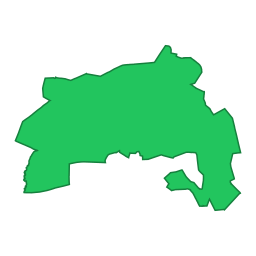 Mērdzenes pag., Karsavas, Latvia (orthographic projection)
{"feature_id": "27541924B39657659213866", "entity_name": "Mērdzenes pag.", "entity_type": "district", "adm_level": 2, "iso_a3": "LVA", "parent_name": "Latvia", "parent_adm1": "Karsavas", "projection": "orthographic", "projection_center": [27.72, 56.696], "detail": "fine", "context": "isolated", "style": "filled", "palette": "green", "viewbox_px": 256, "rotation_deg": 0, "n_neighbors": 0, "source": "geoboundaries", "source_scale": "gbopen_adm2", "svg_char_len": 5230}
<svg xmlns="http://www.w3.org/2000/svg" viewBox="0 0 256 256"><path d="M165.5,45.7L165.2,46.1L159.7,54.3L154.5,62.4L150.0,62.9L134.3,64.2L134.1,64.3L129.5,64.5L128.9,64.7L128.3,64.6L124.0,65.0L122.4,65.3L120.0,66.3L118.6,67.0L114.0,69.1L109.5,71.8L107.7,72.5L100.4,76.3L86.2,73.8L86.2,73.7L76.0,78.2L74.8,78.6L70.8,80.4L68.0,79.7L65.2,78.8L61.5,78.3L59.4,78.2L56.7,77.8L55.7,77.2L55.4,77.7L55.3,78.2L54.5,78.4L53.7,77.8L45.2,78.2L44.1,82.3L43.3,85.5L42.7,88.4L43.4,96.8L45.1,97.8L45.4,98.0L50.0,100.5L49.5,100.7L49.0,101.2L48.5,101.7L46.9,103.1L43.4,105.5L41.7,107.1L40.6,108.0L37.8,110.0L33.0,113.9L32.5,114.4L28.9,117.2L25.1,119.8L22.7,121.6L20.8,126.6L18.6,132.8L15.4,140.7L16.3,141.3L31.0,147.6L33.5,149.1L37.3,150.4L37.4,150.5L35.3,151.1L34.7,151.3L34.1,151.7L33.8,151.9L33.4,152.5L33.2,152.8L33.0,153.0L32.8,153.3L32.7,153.6L32.6,153.8L32.4,154.0L32.1,154.4L32.0,154.7L31.8,154.9L31.6,155.4L31.4,155.7L31.2,156.1L30.5,157.0L30.4,157.1L30.4,157.3L30.0,158.6L29.9,158.9L29.5,159.7L29.1,160.6L29.0,161.3L29.0,162.5L29.2,163.2L29.1,163.5L28.7,163.9L28.6,164.2L28.6,164.4L28.7,164.7L28.5,165.2L28.5,165.4L28.4,165.5L27.7,165.5L27.4,165.7L27.5,166.2L27.5,166.4L27.4,166.6L26.7,167.2L26.2,167.8L26.2,168.0L26.3,168.1L26.7,168.6L26.8,168.9L26.7,169.2L26.5,170.0L26.4,170.3L26.1,170.6L25.5,170.6L24.8,171.2L24.7,171.7L24.3,172.3L24.5,172.5L25.1,172.3L25.1,172.5L24.9,172.8L24.9,173.0L24.6,173.2L24.6,173.6L24.7,173.8L25.3,173.8L25.4,174.0L25.5,174.1L25.4,174.6L25.4,175.2L25.2,175.3L24.5,175.4L24.4,175.4L24.3,175.6L24.2,175.9L24.2,176.6L24.3,176.7L24.5,176.6L24.7,177.0L24.7,177.3L24.3,177.7L24.3,177.9L24.3,178.0L24.6,178.2L24.8,178.4L25.0,178.6L24.9,178.9L24.8,179.0L24.4,178.9L24.2,179.1L23.7,179.9L23.7,180.0L23.8,180.1L24.0,180.0L24.3,180.6L24.8,181.1L25.2,181.1L25.9,180.9L26.0,180.9L26.3,181.2L26.3,181.3L26.2,181.4L26.1,181.9L26.2,182.0L26.3,182.1L26.4,182.3L26.3,182.5L26.3,183.0L26.4,183.3L26.7,183.9L26.7,184.3L26.6,184.5L26.1,185.2L26.0,185.5L26.3,186.1L26.3,186.6L26.2,186.7L26.1,186.9L25.8,186.9L25.6,186.8L25.6,186.7L25.5,186.4L25.4,186.4L25.4,187.1L25.4,187.5L25.5,187.7L25.4,188.2L25.4,188.3L25.0,188.2L24.8,188.2L24.4,188.5L24.3,188.9L25.0,189.6L25.2,190.0L24.9,190.7L24.7,190.7L24.6,190.8L24.4,191.0L24.2,191.3L24.1,191.9L24.1,192.2L24.0,192.4L24.1,192.6L31.7,192.7L39.6,192.0L47.0,190.5L50.2,189.6L53.1,188.7L55.4,187.9L63.2,186.1L69.3,184.5L69.4,184.4L69.2,182.9L69.1,180.6L69.0,175.9L69.1,175.7L69.3,163.9L71.5,163.4L75.9,162.5L77.1,162.3L81.3,161.9L83.9,161.8L92.7,162.1L105.4,162.6L105.1,161.3L105.0,160.9L105.6,159.0L106.7,157.0L107.8,155.3L107.9,155.1L109.6,154.0L110.3,153.9L115.3,152.5L115.5,152.6L115.9,152.8L116.0,152.8L119.5,150.7L119.7,152.1L119.7,152.3L120.3,152.7L125.0,155.6L125.3,155.9L126.8,156.8L128.6,157.7L128.7,157.1L129.0,156.0L130.0,153.0L130.6,153.2L135.5,153.4L136.9,151.8L138.5,151.6L138.8,151.5L139.0,151.8L140.0,154.0L140.1,155.5L142.5,156.1L142.6,157.2L142.7,159.5L148.1,159.3L161.3,154.8L162.7,155.4L162.8,155.4L163.0,155.4L163.7,155.7L165.3,156.1L165.7,156.2L170.5,157.5L173.1,158.0L174.1,156.8L186.1,152.3L188.4,152.2L191.6,152.5L191.8,152.5L192.0,152.4L195.7,152.7L196.0,153.1L196.2,153.5L196.9,155.0L197.4,159.9L198.3,167.5L198.6,169.9L199.7,171.4L203.4,174.9L203.5,177.1L203.4,180.6L202.5,186.2L202.2,188.8L201.7,189.2L199.9,188.9L199.6,188.7L199.5,188.9L198.4,188.0L193.9,182.6L190.7,181.6L187.5,178.3L186.0,176.6L182.1,170.0L181.7,170.0L175.9,171.9L170.5,172.7L169.6,173.6L166.2,176.6L164.4,178.2L168.9,183.8L168.0,185.0L166.8,187.1L167.6,187.6L170.0,189.3L171.6,190.6L172.8,190.2L173.1,190.2L175.5,189.6L178.6,189.5L185.7,189.2L187.3,188.8L190.2,189.6L190.0,189.9L190.1,190.0L192.8,193.0L193.0,193.2L193.5,194.2L193.5,194.3L194.2,195.5L195.6,198.4L195.8,198.6L197.3,201.6L197.8,202.2L197.7,202.3L198.3,203.7L199.6,206.1L202.1,206.2L203.9,206.1L203.8,205.9L204.1,206.0L204.3,206.0L206.9,206.0L208.2,202.5L208.7,201.0L209.5,199.2L212.4,205.0L215.1,210.3L223.6,209.5L223.8,209.4L224.4,209.9L234.8,198.6L235.1,198.3L239.2,193.8L239.9,193.4L240.3,193.2L240.0,192.6L239.6,192.2L237.2,189.9L231.8,184.4L231.6,184.3L231.5,184.0L231.2,183.9L231.3,183.8L231.2,183.6L231.0,183.3L230.2,182.0L230.3,181.6L230.3,180.9L234.3,178.9L234.2,178.2L233.7,176.6L232.7,173.2L230.9,167.1L230.7,165.9L230.4,163.4L230.6,162.7L232.7,153.7L232.8,153.6L239.4,152.7L239.4,152.8L240.6,152.7L238.5,144.1L236.5,135.3L234.7,128.1L234.5,126.8L232.4,118.2L224.7,108.7L213.6,114.8L212.3,113.0L211.2,111.4L211.0,111.0L210.6,110.2L209.9,108.8L208.8,107.8L205.6,105.3L205.2,102.8L204.9,102.3L204.8,101.9L204.5,101.1L203.6,99.1L203.5,98.8L203.6,98.5L203.7,98.3L203.7,97.9L203.8,97.4L203.7,97.1L203.9,96.6L203.9,95.8L204.1,94.5L204.1,94.2L204.3,92.2L204.2,91.6L203.3,91.6L198.9,89.5L198.7,89.4L198.4,89.3L196.3,88.3L196.0,88.3L195.7,88.0L195.7,87.8L194.6,87.1L194.4,87.0L192.0,85.2L190.8,84.4L194.7,83.2L201.8,72.2L201.7,71.1L201.6,70.5L201.6,69.4L200.9,66.9L199.6,64.9L198.0,63.4L197.8,63.4L195.5,61.4L194.8,60.9L194.6,60.7L194.2,60.6L194.1,60.4L194.0,60.2L193.9,60.2L190.6,57.8L190.6,57.7L183.9,57.8L183.9,58.1L181.3,58.2L177.8,57.0L176.2,56.2L176.7,54.6L176.7,54.2L171.1,53.1L171.0,52.9L171.1,50.2L171.1,49.9L171.1,49.7L170.4,47.4L168.9,46.1L165.5,45.7Z" fill="#22c55e" stroke="#15803d" stroke-width="1.5"/></svg>